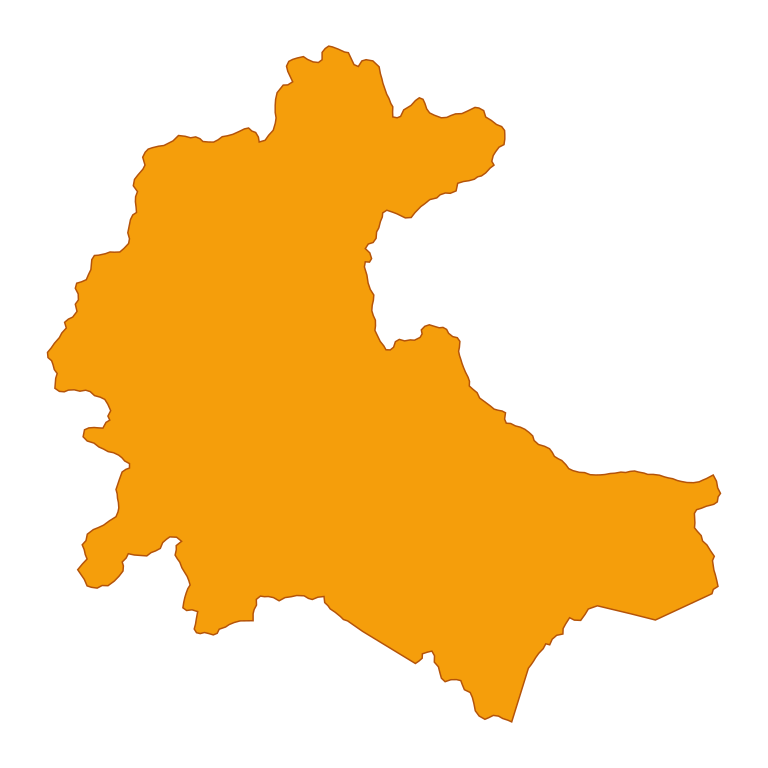 Colatina, Espírito Santo, Brazil
{"feature_id": "56859067B84433470504301", "entity_name": "Colatina", "entity_type": "district", "adm_level": 2, "iso_a3": "BRA", "parent_name": "Brazil", "parent_adm1": "Espírito Santo", "projection": "orthographic", "projection_center": [-40.658, -19.472], "detail": "fine", "context": "isolated", "style": "filled", "palette": "amber", "viewbox_px": 768, "rotation_deg": 0, "n_neighbors": 0, "source": "geoboundaries", "source_scale": "gbopen_adm2", "svg_char_len": 6037}
<svg xmlns="http://www.w3.org/2000/svg" viewBox="0 0 768 768"><path d="M109.6,520.7L103.5,525.2L98.3,527.6L93.3,529.6L87.3,534.2L86.0,540.6L82.2,544.8L84.2,549.6L85.3,554.6L87.1,559.0L82.4,564.0L77.7,569.7L84.3,579.4L87.1,585.9L91.4,587.3L97.2,588.1L102.1,585.5L108.0,585.7L114.4,581.0L119.1,576.1L123.0,571.0L123.4,565.9L122.2,562.0L126.1,558.1L128.3,553.7L134.3,555.0L146.8,555.9L151.1,552.6L155.6,550.9L160.3,548.4L162.7,542.6L166.4,539.3L169.8,536.9L176.6,537.2L181.6,541.3L176.2,545.6L176.3,549.7L175.1,555.1L177.4,558.9L179.8,562.2L181.9,567.8L184.7,572.4L187.2,576.5L188.9,580.8L190.1,585.0L187.8,588.7L186.2,593.0L184.8,597.6L183.7,602.6L182.9,607.8L186.6,610.5L192.0,609.8L197.7,611.6L196.4,618.5L195.5,624.2L194.2,629.0L196.5,632.7L200.2,633.6L204.4,632.5L208.6,633.5L213.3,634.9L217.2,633.3L219.2,629.2L225.6,627.0L229.1,624.6L234.2,622.5L240.1,620.9L253.1,620.7L253.1,613.7L254.1,609.6L256.5,605.1L256.3,599.4L260.4,596.1L264.5,596.7L268.3,596.5L273.5,597.6L279.1,600.8L285.0,597.6L291.3,596.7L296.7,595.5L304.1,595.8L308.4,598.4L312.3,599.5L317.9,597.2L324.0,596.5L324.7,602.6L327.9,605.6L330.2,608.9L335.1,612.2L340.4,616.5L343.4,619.5L347.6,620.9L362.5,631.3L415.4,663.5L418.9,661.1L422.2,658.2L422.4,653.8L427.3,652.2L431.9,651.1L434.5,655.8L434.3,662.1L438.4,666.8L440.0,673.1L441.4,678.2L445.1,681.7L450.9,679.7L456.5,679.6L460.8,680.6L462.4,684.9L464.4,689.7L470.2,692.5L472.4,697.5L473.9,703.5L475.3,710.8L479.1,716.0L484.9,719.3L488.5,717.8L493.3,715.4L498.5,716.1L502.7,718.5L507.9,720.2L511.7,721.9L528.4,668.2L531.1,664.7L533.5,661.2L535.6,657.7L538.7,653.4L543.2,648.7L545.8,643.8L549.7,644.8L552.2,639.2L556.7,635.3L562.9,634.0L563.1,628.6L565.6,624.0L569.6,617.7L574.3,620.1L580.7,620.4L585.1,614.3L588.3,609.0L597.4,605.8L631.2,613.9L655.4,620.0L712.0,593.7L713.3,589.4L718.0,586.4L716.9,581.1L715.3,574.6L713.9,570.1L712.5,560.6L714.3,556.3L710.6,550.9L706.9,544.9L702.6,541.0L701.2,535.6L697.4,531.4L694.5,527.8L694.9,522.9L694.4,513.4L696.6,509.7L701.5,508.2L706.4,506.2L710.1,505.3L713.8,504.3L717.3,501.9L718.1,496.9L720.5,493.4L717.7,487.9L716.5,481.2L713.2,475.0L706.4,478.6L702.8,480.1L699.2,481.8L693.5,482.7L686.9,482.5L681.0,481.4L677.3,480.5L672.7,478.7L668.3,477.9L664.2,476.8L659.5,475.2L653.1,474.4L647.7,474.4L644.1,473.1L638.3,472.0L634.6,471.0L630.1,471.4L625.8,472.5L620.9,472.1L614.8,473.2L610.2,473.5L605.0,474.5L600.3,474.9L595.8,475.0L590.2,474.7L584.6,472.6L579.2,472.3L572.9,470.6L568.7,468.6L565.9,464.7L561.8,460.5L558.3,458.8L554.4,456.4L552.2,452.3L549.5,448.7L544.6,446.3L538.5,444.5L534.1,440.5L532.7,435.9L529.0,432.4L524.9,429.3L520.4,427.2L515.4,425.9L510.7,423.5L506.3,423.2L504.6,419.1L505.5,412.8L502.1,411.0L497.9,410.2L494.1,409.1L490.4,406.0L479.6,398.0L477.1,392.7L472.6,389.0L469.3,386.0L469.5,381.4L468.1,377.3L465.4,372.0L463.6,367.7L462.0,363.4L460.9,359.7L459.5,355.5L458.6,351.3L459.4,347.3L459.9,341.4L457.3,337.7L452.7,336.6L448.6,333.3L446.6,329.4L443.0,327.4L439.2,327.8L429.3,324.8L424.8,326.3L421.3,329.9L422.1,333.9L420.1,337.4L414.5,340.2L410.2,339.9L404.6,340.9L399.3,339.4L395.4,341.7L393.6,347.2L390.3,349.9L386.0,349.8L383.8,345.9L380.2,341.4L374.9,330.4L375.5,325.9L375.4,320.2L373.3,315.6L371.8,310.7L372.2,305.4L373.4,300.2L373.8,295.0L370.3,289.5L368.1,283.0L366.9,275.1L364.4,266.9L365.3,261.8L369.5,262.1L371.6,258.6L369.8,252.9L365.3,248.6L368.3,244.0L373.1,242.5L376.1,238.3L376.6,231.9L378.8,227.9L380.4,221.6L382.3,217.0L382.7,212.9L386.8,210.2L393.0,212.3L396.9,213.8L405.3,217.9L411.2,217.5L414.9,212.7L420.8,206.6L424.8,203.7L429.8,199.6L436.8,197.9L440.1,194.8L445.3,193.0L450.3,193.3L456.1,190.9L457.7,183.3L463.5,181.5L469.0,180.7L474.4,179.2L477.7,176.8L481.5,175.9L485.7,172.9L490.2,168.0L494.0,165.1L491.8,161.3L493.2,155.6L495.5,151.9L499.0,147.2L504.0,144.6L504.8,139.1L504.8,134.6L504.6,130.5L501.7,126.6L496.5,124.5L491.3,120.4L485.7,117.0L483.7,110.6L478.9,108.0L475.0,107.4L467.6,111.0L461.9,113.6L455.5,113.9L450.7,115.6L446.8,117.4L441.3,117.8L434.3,115.2L429.6,112.9L426.7,108.9L424.9,103.4L423.0,99.3L419.3,97.8L415.4,100.6L411.1,105.4L403.7,109.9L400.6,116.4L397.1,117.8L392.8,116.9L392.6,111.9L392.8,106.8L390.8,103.4L388.9,98.3L386.7,94.2L382.9,83.2L381.9,78.8L380.4,73.7L379.1,66.8L372.9,60.9L366.1,59.7L361.9,60.9L358.3,66.5L354.0,64.6L348.4,52.7L344.5,52.0L338.2,49.1L332.4,46.9L328.7,46.1L325.2,48.5L322.1,52.4L322.1,59.7L318.4,62.5L313.1,61.9L307.5,59.4L303.4,56.6L297.2,58.0L292.7,59.4L288.8,61.4L286.5,66.2L287.8,71.4L289.8,75.7L292.7,81.8L287.8,84.9L283.2,85.1L277.1,92.7L275.6,99.4L275.2,105.3L275.2,112.5L276.1,117.9L275.3,123.2L273.2,130.3L268.7,135.2L265.1,140.3L259.2,142.0L258.4,137.1L255.7,132.5L251.8,131.0L248.6,128.0L244.4,128.9L239.1,131.5L232.9,134.3L227.4,135.8L222.2,136.7L218.1,139.8L213.6,142.1L208.3,142.0L202.9,141.5L200.0,138.7L195.7,136.9L190.6,137.8L185.2,136.3L178.5,135.5L173.0,140.9L163.9,145.5L158.6,146.2L152.4,147.7L148.2,149.1L145.2,152.2L142.7,157.2L145.0,165.1L142.9,169.2L137.8,175.1L134.5,179.4L133.3,185.8L137.5,191.6L135.6,196.7L135.4,201.7L136.1,207.3L136.5,212.5L132.8,214.9L130.5,219.5L127.8,232.8L129.5,238.8L128.6,243.5L123.9,248.5L119.8,252.0L114.3,252.2L110.0,252.0L105.4,253.7L98.5,255.2L94.4,255.5L91.8,259.6L90.9,269.6L88.6,274.3L86.3,279.7L81.5,281.8L76.7,283.2L75.3,288.3L78.2,293.9L78.4,299.9L75.3,304.2L77.0,311.4L72.7,317.1L68.4,319.1L64.6,322.3L66.3,328.0L61.8,333.0L59.4,337.6L54.4,343.3L51.1,348.1L47.5,352.4L48.0,357.6L51.6,360.7L53.0,364.6L54.3,369.6L57.2,373.5L55.7,378.3L54.9,388.3L59.4,391.4L64.3,391.8L68.4,390.1L74.2,389.8L79.9,391.2L85.7,390.2L90.2,391.6L94.5,395.6L100.3,397.2L104.8,399.4L107.8,404.2L110.7,410.7L107.9,416.1L109.8,420.1L106.0,422.4L102.9,428.1L98.8,427.9L94.1,427.5L88.8,427.9L84.5,429.8L83.1,436.8L87.2,441.0L94.0,443.1L98.9,447.0L103.4,449.0L108.1,451.6L113.5,452.7L118.6,455.1L121.9,457.7L124.7,461.0L129.5,463.6L129.5,468.0L125.8,469.4L122.1,472.0L119.4,479.4L117.4,485.4L116.0,489.5L117.2,493.9L117.5,498.2L118.4,502.5L118.8,507.9L118.0,511.9L116.0,516.7L109.6,520.7Z" fill="#f59e0b" stroke="#b45309" stroke-width="1.5"/></svg>